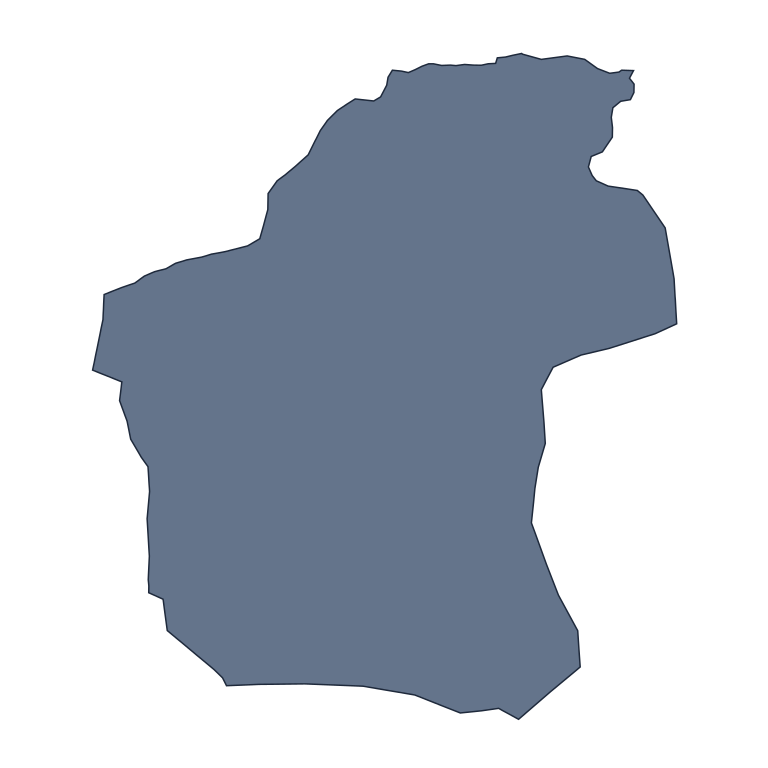 Tolikara, Papua, Indonesia, rotated 91°
{"feature_id": "22746128B10432975654062", "entity_name": "Tolikara", "entity_type": "district", "adm_level": 2, "iso_a3": "IDN", "parent_name": "Indonesia", "parent_adm1": "Papua", "projection": "natural_earth1", "projection_center": [138.342, -3.489], "detail": "fine", "context": "isolated", "style": "filled", "palette": "slate", "viewbox_px": 768, "rotation_deg": 91, "n_neighbors": 0, "source": "geoboundaries", "source_scale": "gbopen_adm2", "svg_char_len": 3240}
<svg xmlns="http://www.w3.org/2000/svg" viewBox="0 0 768 768"><g transform="rotate(91 384 384)"><path d="M560.2,615.6L579.8,616.2L583.9,616.3L588.2,615.8L590.2,615.6L596.8,615.6L599.3,609.8L602.1,603.3L603.0,601.2L604.4,600.9L614.6,599.4L625.1,597.8L634.3,596.4L638.8,590.8L642.2,586.6L645.6,582.3L651.5,575.0L657.4,567.7L658.3,566.6L663.9,559.6L666.7,556.1L672.1,549.4L672.6,548.8L680.6,540.3L684.0,538.5L688.4,536.2L687.0,512.0L686.5,503.8L686.1,489.2L685.2,457.9L686.2,412.5L686.5,399.8L690.2,375.5L691.7,365.5L694.4,347.8L704.7,320.4L711.6,301.9L711.5,301.3L709.9,287.8L709.0,280.5L706.3,263.7L707.9,260.7L708.0,260.6L711.1,254.6L716.9,243.6L688.8,212.2L667.1,187.0L663.5,182.9L646.6,184.4L627.3,186.0L592.1,205.9L588.7,207.3L561.3,218.5L530.1,230.4L520.3,234.2L516.9,233.9L499.8,232.4L485.8,231.3L464.6,228.3L442.5,222.2L440.6,221.7L419.4,223.4L402.2,225.1L396.2,225.7L386.9,226.6L376.5,221.4L364.3,215.2L355.6,196.2L351.6,187.4L346.7,168.2L344.5,159.6L333.1,125.9L333.0,125.7L329.0,113.8L318.7,92.4L306.0,93.4L294.5,94.2L291.7,94.5L273.8,95.8L267.9,96.9L240.0,102.3L223.0,105.6L214.2,111.8L190.5,128.5L186.8,133.2L186.1,134.0L184.6,144.9L182.2,163.4L179.6,169.4L177.1,175.3L171.9,179.5L163.9,183.2L163.4,183.4L152.9,180.8L150.4,175.0L148.1,169.7L141.6,165.5L134.9,161.1L133.2,160.0L130.8,160.0L123.6,160.0L113.4,161.4L104.0,160.0L103.8,160.0L97.2,152.3L95.4,142.6L88.2,139.2L79.8,139.2L74.0,143.9L66.3,140.0L66.1,151.9L68.0,154.5L69.3,163.1L69.4,163.7L64.9,176.0L55.9,189.0L52.8,206.6L53.1,208.6L56.4,230.5L56.7,232.3L51.8,251.3L51.1,252.1L53.1,261.0L55.0,268.3L55.3,271.0L55.9,276.4L61.5,278.0L62.0,285.4L63.6,292.3L63.6,300.2L63.1,309.0L64.4,317.6L64.0,323.2L64.5,332.0L63.0,340.1L63.0,341.5L63.1,345.0L65.6,351.5L69.2,358.4L72.2,365.1L70.9,371.7L70.8,372.6L70.1,381.1L77.2,385.3L85.2,386.5L86.0,386.9L97.0,392.4L101.2,399.2L99.5,417.8L104.6,425.6L111.4,435.4L115.6,439.5L121.5,445.2L124.5,447.2L131.7,452.1L139.9,456.0L141.8,457.0L144.1,458.1L149.6,460.7L153.0,462.3L156.2,463.8L163.6,471.8L168.0,476.5L173.5,482.9L176.5,486.3L179.0,489.6L182.6,494.3L195.6,503.2L196.9,503.2L199.6,503.2L208.2,503.2L208.9,503.2L209.0,503.2L210.3,503.2L211.5,503.2L212.0,503.3L214.0,503.8L216.3,504.4L228.0,507.3L239.6,510.4L240.9,510.7L242.5,513.3L248.3,522.8L253.2,540.7L253.7,542.3L254.5,545.5L255.5,550.2L257.0,557.9L257.1,558.6L259.1,564.6L260.2,568.2L260.3,568.5L261.5,574.3L263.0,581.7L263.3,583.1L263.4,583.6L264.5,586.8L265.3,589.3L266.0,591.6L266.9,594.4L267.8,596.0L272.6,604.0L273.3,606.5L274.3,610.4L275.7,615.3L277.1,618.5L280.3,625.5L283.6,629.9L284.9,631.5L287.5,635.0L289.2,639.9L292.2,648.1L295.5,656.1L299.4,665.4L308.7,665.7L314.1,665.8L319.4,666.0L324.5,666.1L333.8,667.9L337.3,668.5L354.0,671.6L360.2,672.8L368.1,674.2L370.5,674.7L375.2,675.6L378.3,667.6L380.2,662.5L386.5,646.1L387.5,646.3L392.0,646.7L399.7,647.5L405.2,648.1L412.0,645.5L417.4,643.4L418.8,642.9L425.1,640.4L425.3,640.4L425.7,640.2L433.0,638.6L438.6,637.4L442.7,636.5L443.6,636.3L449.8,632.5L457.0,628.1L461.5,625.4L466.5,621.7L470.8,618.5L471.2,618.5L477.0,618.0L480.8,617.7L487.3,617.2L492.9,616.7L493.0,616.7L495.6,616.5L516.2,618.0L520.3,618.3L522.8,618.5L540.8,617.1L552.8,616.2L560.2,615.6Z" fill="#64748b" stroke="#1e293b" stroke-width="1.5"/></g></svg>